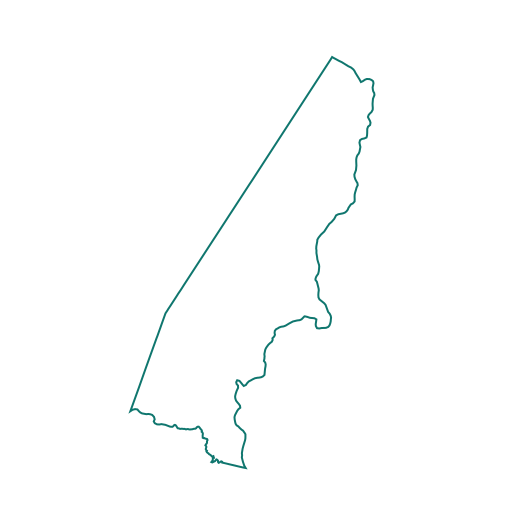 Guajará, Amazonas, Brazil (Mercator projection), rotated 103°
{"feature_id": "56859067B49673478876868", "entity_name": "Guajará", "entity_type": "district", "adm_level": 2, "iso_a3": "BRA", "parent_name": "Brazil", "parent_adm1": "Amazonas", "projection": "mercator", "projection_center": [-72.639, -7.252], "detail": "fine", "context": "isolated", "style": "outline", "palette": "teal", "viewbox_px": 512, "rotation_deg": 103, "n_neighbors": 0, "source": "geoboundaries", "source_scale": "gbopen_adm2", "svg_char_len": 4963}
<svg xmlns="http://www.w3.org/2000/svg" viewBox="0 0 512 512"><g transform="rotate(103 256 256)"><path d="M435.5,343.5L433.6,341.7L432.4,339.4L432.2,337.0L433.5,335.3L434.5,333.5L435.0,331.6L434.8,327.3L434.1,325.2L434.0,323.3L434.2,321.4L435.7,319.2L437.9,318.0L440.2,318.4L441.7,317.0L442.3,314.6L441.9,312.2L441.1,310.4L440.9,306.3L441.6,301.4L441.3,299.2L440.8,298.6L439.9,298.0L439.2,297.7L438.8,297.1L438.9,296.3L439.6,295.4L440.3,294.7L441.1,294.0L441.5,293.3L441.3,292.5L441.5,291.7L441.4,290.5L441.0,289.6L440.9,288.7L440.8,287.7L440.5,286.6L440.7,285.2L440.2,284.3L439.9,283.3L440.0,282.4L439.9,281.2L439.5,280.4L439.3,279.4L438.8,278.5L438.3,277.6L438.0,276.4L437.3,275.6L436.2,275.2L435.4,274.3L435.2,273.4L436.0,272.2L436.7,271.5L437.2,270.8L437.7,270.0L438.7,269.3L439.5,269.4L440.0,268.5L440.8,267.9L441.8,267.7L443.0,267.6L444.0,267.3L445.1,267.0L445.3,266.1L445.0,265.4L445.3,264.6L445.3,263.4L445.4,262.4L446.3,261.8L447.5,262.1L448.6,261.8L449.7,261.8L450.9,262.5L451.9,262.7L452.4,261.9L453.2,261.4L454.5,261.5L455.5,261.5L456.3,260.9L456.8,260.0L457.6,260.3L458.3,259.6L458.7,258.8L459.0,257.9L459.5,257.4L459.8,256.7L460.0,255.8L460.6,254.7L461.2,254.0L461.1,253.2L460.6,252.5L461.3,252.1L462.1,251.6L462.5,252.6L463.6,252.4L464.6,252.2L465.3,252.5L466.1,252.7L466.8,253.1L467.0,252.2L466.4,251.4L465.8,250.7L465.1,249.8L464.0,249.3L463.1,248.7L463.3,247.9L464.0,247.0L465.2,246.7L465.9,245.9L465.3,245.0L464.5,244.4L463.9,243.7L464.1,242.7L464.9,242.5L465.0,221.6L464.9,218.4L462.9,220.3L459.5,222.4L457.4,223.5L455.4,224.5L453.3,224.7L451.3,225.4L446.8,225.7L443.7,225.6L442.3,225.5L439.2,225.3L438.2,225.2L436.2,225.3L434.2,225.7L432.1,226.2L431.3,226.9L430.5,227.8L429.1,229.3L428.4,231.1L427.2,233.2L426.0,234.9L425.4,236.7L424.8,237.4L424.1,238.1L422.8,238.8L420.1,240.0L417.9,240.7L416.7,240.7L415.6,240.6L411.2,239.5L409.3,238.7L407.4,237.2L405.5,237.9L404.1,239.4L402.8,241.2L401.4,242.9L400.3,243.6L399.0,244.3L397.3,244.8L396.1,244.8L394.9,244.8L393.8,244.7L392.6,244.6L391.8,244.5L390.7,244.3L388.4,243.8L387.4,244.1L386.3,244.4L385.1,246.1L383.4,246.9L381.3,246.4L381.4,244.0L382.7,242.3L383.6,241.1L384.2,240.4L385.4,238.7L383.9,236.8L382.0,236.1L379.8,234.8L378.4,233.1L376.9,231.5L375.4,229.6L374.3,227.2L373.8,225.6L372.9,223.6L371.8,222.2L370.0,221.0L363.8,221.8L361.3,221.9L359.4,222.2L357.7,223.1L356.5,224.7L354.2,224.7L353.2,224.9L352.0,225.0L349.7,225.8L345.0,225.9L343.0,225.4L341.3,224.7L339.5,223.9L337.7,222.7L336.0,221.3L334.1,220.9L333.4,221.1L332.5,221.5L330.4,220.2L329.5,220.0L328.5,219.8L326.8,220.6L324.7,220.8L322.9,220.0L322.3,219.3L321.7,218.6L320.3,217.2L319.3,215.6L318.4,213.3L317.2,211.5L314.1,208.3L311.5,205.3L309.6,201.5L309.1,200.2L308.7,199.0L307.5,197.4L303.9,195.2L303.8,194.5L303.8,192.3L304.1,189.6L303.5,185.0L304.2,182.9L306.4,182.7L309.0,182.5L310.8,181.9L312.6,180.3L312.4,178.1L311.4,175.8L310.3,171.7L309.6,170.7L308.9,169.7L307.2,168.8L305.0,168.5L303.0,168.5L301.0,168.8L299.1,169.0L297.4,169.8L295.6,171.3L294.3,173.1L288.0,177.2L286.7,178.9L284.7,183.0L284.0,184.4L282.3,185.8L280.0,186.5L277.7,186.9L275.4,187.1L273.6,187.7L269.1,190.0L267.4,190.9L265.9,192.7L264.8,192.9L263.5,192.8L262.3,192.6L261.4,192.2L260.5,191.9L259.7,191.5L258.7,191.4L257.6,191.4L256.4,191.4L255.2,191.6L254.2,191.7L253.0,191.9L252.1,192.0L251.3,192.3L250.4,192.6L249.5,193.2L247.1,194.6L245.4,195.5L243.1,196.3L239.5,197.8L237.1,198.3L234.9,199.1L234.0,199.2L233.0,199.4L228.1,199.6L226.3,199.9L225.1,199.5L224.0,199.2L220.5,197.5L216.8,195.0L211.5,193.1L209.3,192.2L208.4,191.9L207.7,191.4L205.8,190.0L202.2,188.1L198.4,187.1L196.8,185.2L194.9,180.9L193.8,179.2L192.2,177.9L190.2,177.0L188.2,176.7L184.4,175.2L182.9,173.4L180.7,172.2L178.6,172.6L176.0,173.3L173.8,173.7L171.8,173.7L169.2,173.5L166.7,173.4L164.1,172.8L162.1,173.6L161.1,174.6L158.9,176.5L156.7,177.8L154.5,178.5L149.8,177.9L145.4,178.5L143.2,179.1L141.4,179.6L139.2,180.1L137.2,180.2L135.2,179.9L133.0,178.9L130.9,178.6L128.9,178.7L126.3,178.8L124.5,179.7L122.3,180.7L119.8,180.7L119.1,180.1L118.1,179.1L117.1,176.9L115.7,175.0L113.8,174.9L111.3,175.3L107.1,176.2L104.7,175.9L102.7,174.3L100.4,174.4L98.8,175.3L96.3,177.5L95.4,178.2L93.4,178.0L91.7,177.2L89.8,175.9L87.3,175.2L85.5,175.5L83.2,176.2L81.3,176.7L76.5,177.4L72.5,176.8L70.6,177.5L69.2,178.8L67.5,179.6L65.5,180.3L63.5,180.3L61.2,180.4L59.4,181.2L58.5,183.0L58.1,185.2L58.6,187.9L59.8,189.6L61.6,191.2L62.9,192.9L60.5,195.0L55.5,200.0L53.6,201.6L52.3,203.1L51.0,205.7L50.3,208.8L47.8,216.1L47.3,218.5L47.0,219.7L46.0,223.2L45.5,225.1L45.0,226.6L47.8,227.5L87.5,242.0L155.9,266.9L183.4,276.9L187.6,278.5L215.3,288.6L222.9,291.4L229.0,293.6L253.6,302.6L300.4,319.7L305.8,321.6L310.4,323.4L312.2,324.0L321.0,327.2L323.2,328.0L327.2,329.5L328.0,329.8L328.8,330.0L330.1,330.5L331.4,331.0L332.3,331.3L343.3,332.6L347.8,333.1L350.3,333.4L356.3,334.1L358.3,334.4L377.5,336.7L386.9,337.8L388.5,338.0L410.6,340.5L435.5,343.5Z" fill="none" stroke="#0f766e" stroke-width="2"/></g></svg>